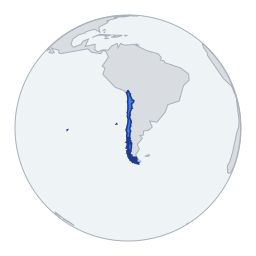 globe centered on Chile, rotated 352°
{"feature_id": "CHL", "entity_name": "Chile", "entity_type": "country or territory", "adm_level": 0, "iso_a3": "CHL", "parent_name": "South America", "parent_adm1": "", "projection": "orthographic", "projection_center": [-72.304, -36.699], "detail": "fine", "context": "on_globe", "style": "filled", "palette": "blue", "viewbox_px": 256, "rotation_deg": 352, "n_neighbors": 0, "source": "natural_earth", "source_scale": "50m", "svg_char_len": 8977}
<svg xmlns="http://www.w3.org/2000/svg" viewBox="0 0 256 256"><g transform="rotate(352 128 128)"><circle cx="128" cy="128" r="113" fill="#eef3f6" stroke="#a8b0b8"/><path d="M116.9,15.9L118.7,15.8L120.5,15.6L120.2,15.6L129.4,15.4L138.6,15.9L147.7,17.1L143.3,16.5L135.4,15.8L129.6,16.1L137.3,16.0L138.6,16.6L140.5,16.9L142.7,17.1L143.7,17.0L145.0,17.4L137.9,17.3L136.6,17.0L138.9,16.9L135.2,16.7L130.4,17.2L131.4,17.7L123.1,18.7L123.8,19.2L122.3,19.9L121.8,18.9L122.5,20.8L112.9,24.2L113.7,29.2L108.7,25.7L104.3,26.0L99.1,27.1L99.1,27.8L92.1,28.9L85.6,32.3L83.1,37.4L85.3,40.5L93.1,38.6L95.5,35.9L101.3,34.3L97.0,41.2L107.1,40.5L106.0,45.9L108.9,48.4L113.9,47.1L119.2,48.1L123.0,44.6L129.1,42.8L129.2,47.3L132.5,43.2L135.9,45.5L148.0,46.2L147.1,47.1L157.3,54.0L168.2,58.7L170.8,63.0L169.5,65.1L173.2,66.7L173.3,68.3L188.2,75.7L195.6,83.1L195.2,89.1L188.8,93.8L182.4,108.4L170.6,110.5L167.3,117.1L157.5,126.3L150.4,124.1L152.1,130.4L147.9,133.3L143.2,133.0L142.1,137.2L138.6,137.0L140.8,140.1L134.9,145.5L136.3,150.6L131.9,155.4L133.0,158.5L131.4,158.3L129.7,159.4L129.5,161.2L124.8,158.3L123.7,151.4L125.6,148.0L123.5,147.5L127.4,139.2L125.1,140.8L126.0,128.9L129.4,119.6L132.0,95.2L129.6,90.7L121.0,85.9L110.6,71.5L113.4,65.5L111.1,63.1L118.5,55.0L116.6,48.7L113.9,48.0L111.3,50.6L102.4,47.9L99.3,44.0L72.6,45.0L70.0,44.2L70.3,41.4L63.4,38.2L65.5,43.1L62.4,43.3L60.3,42.2L62.0,40.8L61.2,38.8L58.8,39.9L60.0,38.2L67.3,33.1L74.9,28.7L82.8,24.8L91.1,21.6L99.5,19.0L108.1,17.1L116.9,15.9ZM113.0,31.3L124.5,33.6L117.9,34.3L119.2,33.6L116.3,32.6L110.9,32.0L105.1,33.4L113.0,31.3ZM118.3,27.7L116.3,27.6L118.3,27.4L118.3,27.7ZM132.6,164.6L125.2,159.3L129.4,161.6L132.4,159.0L136.2,163.1L132.6,164.6ZM141.4,158.2L144.8,157.2L145.6,158.2L143.4,159.1L141.4,158.2ZM227.7,180.3L225.9,183.7L226.1,182.8L223.9,185.9L222.2,187.0L220.5,186.3L221.2,179.3L223.9,175.9L228.2,166.5L235.3,147.1L237.9,142.2L239.0,136.3L239.3,119.3L239.4,113.9L238.8,109.8L238.0,107.6L236.9,102.7L236.2,100.8L229.2,92.1L225.4,84.4L216.9,67.4L216.9,64.3L214.0,58.8L213.2,54.3L218.2,60.5L222.7,67.0L226.8,73.8L230.3,80.9L233.4,88.2L235.9,95.7L237.9,103.4L239.4,111.2L240.3,119.0L240.6,126.9L240.4,134.9L239.7,142.8L238.4,150.6L236.5,158.3L234.1,165.8L231.2,173.2L227.7,180.3ZM216.4,58.2L217.4,59.6L216.4,58.2ZM148.4,46.1L149.9,47.2L147.9,47.0L148.4,46.1ZM117.0,35.9L119.4,35.8L120.7,36.3L118.8,36.6L117.0,35.9ZM137.7,35.7L140.5,36.3L137.6,36.4L137.7,35.7ZM126.4,34.0L135.4,35.5L129.7,36.5L124.0,35.7L127.9,35.3L126.4,34.0ZM117.1,29.6L118.6,29.7L118.2,30.3L117.1,29.6ZM119.8,27.6L119.2,27.7L118.4,27.3L119.8,27.6ZM139.0,16.6L139.6,16.7L141.9,16.9L140.8,16.9L139.0,16.6ZM151.7,18.1L153.5,18.7L151.5,18.1L150.4,18.1L144.8,17.0L147.8,17.1L147.4,17.2L151.7,18.1ZM138.2,16.0L141.4,16.4L137.8,16.0L138.2,16.0ZM174.6,230.5L172.3,231.5L173.7,230.8L174.6,230.5ZM51.3,209.2L50.9,208.1L54.2,210.8L58.2,214.2L61.2,217.2L51.3,209.2ZM48.5,206.5L45.6,203.7L43.6,202.3L45.0,203.0L43.8,200.7L50.3,207.3L48.5,206.5Z" fill="#d9dde1" stroke="#a8b0b8" stroke-width="1"/><path d="M131.5,92.6L132.4,92.3L132.7,91.9L132.6,91.4L133.2,91.0L133.6,91.9L134.0,92.1L134.2,93.8L135.1,94.7L134.7,95.2L134.9,95.7L134.5,95.9L134.5,96.5L135.0,97.0L134.9,97.5L135.5,98.3L136.0,101.2L137.2,101.2L137.6,101.6L136.9,103.5L135.3,104.1L134.7,104.8L135.0,105.5L134.6,106.1L134.9,107.5L134.5,108.1L135.0,109.1L134.0,109.4L133.4,110.9L132.6,111.8L132.3,113.2L131.9,113.6L132.0,115.1L132.2,115.3L132.0,115.6L131.6,115.6L131.4,116.9L131.0,117.1L130.9,118.0L131.4,118.7L131.2,119.0L131.8,120.6L131.6,121.2L132.1,121.3L132.0,123.2L131.7,123.3L131.1,125.0L130.8,125.2L131.0,125.7L131.0,126.8L130.0,127.7L129.7,128.3L129.8,130.1L130.2,131.6L130.1,132.0L129.4,132.4L129.2,133.7L128.9,133.8L129.0,134.5L128.7,134.8L128.9,135.1L128.5,136.0L128.6,137.7L128.8,138.5L128.3,138.9L128.2,139.5L128.3,140.5L128.8,140.8L128.6,141.0L128.9,142.2L128.7,143.1L129.5,143.2L129.6,143.4L129.5,143.8L128.3,143.8L128.4,144.1L129.0,144.2L129.3,144.7L129.1,145.3L128.8,145.4L128.9,146.1L128.6,146.5L128.8,147.5L128.5,147.8L128.5,148.5L127.9,149.1L127.7,149.8L128.0,150.5L127.6,151.1L127.6,151.6L127.1,152.0L126.9,152.6L126.5,152.6L126.4,153.1L126.5,154.2L126.9,155.3L127.7,155.1L128.0,155.2L128.0,156.4L127.9,156.9L128.4,157.7L130.8,157.8L132.6,158.4L131.7,158.2L131.2,158.7L129.8,159.2L129.5,161.1L129.2,161.3L128.2,160.8L127.9,160.3L128.4,160.1L128.6,160.4L128.5,160.6L128.7,160.1L129.2,159.7L129.3,159.3L129.1,159.2L128.0,159.9L127.7,160.5L127.1,160.1L127.5,159.2L127.8,159.3L128.2,159.0L128.9,158.9L127.5,158.7L127.0,159.8L126.4,159.3L126.9,159.1L127.0,158.7L126.5,159.0L126.0,159.0L125.9,158.5L125.6,158.0L126.2,158.2L126.3,157.9L126.8,158.0L127.4,157.6L127.7,158.1L127.5,158.4L127.7,158.2L127.6,157.7L127.8,157.4L127.7,157.2L126.9,156.7L127.6,157.3L126.5,157.8L126.2,157.4L125.7,157.1L126.0,157.0L126.0,156.3L124.9,156.0L124.5,155.3L125.0,155.2L124.9,154.9L125.1,154.6L125.4,154.9L125.7,155.5L126.1,155.7L126.4,155.2L126.3,154.9L125.9,155.5L125.6,155.1L125.6,154.9L125.9,154.9L125.1,154.3L125.4,153.9L125.9,153.9L125.4,153.5L125.5,153.2L126.0,153.2L125.7,152.8L125.9,152.1L125.6,153.0L125.4,152.8L125.4,151.2L125.8,151.0L125.2,151.0L125.0,150.1L126.6,150.4L126.3,150.1L126.1,149.4L125.8,150.0L125.5,150.0L124.9,149.5L125.0,149.3L125.4,149.5L125.6,149.3L125.1,149.0L125.5,148.5L125.3,147.8L125.0,148.0L124.4,147.7L124.4,147.2L123.6,147.6L123.8,148.1L123.4,147.7L124.4,146.6L124.2,146.0L125.5,145.8L125.5,145.3L125.7,145.1L125.9,145.1L125.7,146.3L125.2,146.7L125.7,146.5L125.8,145.9L126.0,145.9L126.1,146.4L125.8,147.3L126.2,146.0L126.0,145.6L126.0,145.2L126.7,144.9L127.1,145.1L126.4,144.7L126.5,144.5L127.5,143.5L127.5,143.2L126.6,142.7L126.7,142.1L126.9,142.0L127.0,141.6L126.9,141.0L127.3,140.4L127.2,139.7L127.3,139.4L127.5,139.4L127.3,138.9L127.5,138.8L127.8,139.2L127.7,138.4L127.2,138.2L127.9,137.7L128.0,137.4L127.6,137.8L127.0,137.5L126.6,138.0L125.9,137.9L126.1,137.6L125.7,137.3L125.5,136.4L125.9,134.4L126.3,134.1L126.6,133.0L126.1,131.6L126.2,130.6L125.9,130.0L125.9,129.3L126.0,129.0L126.6,128.9L126.7,128.0L127.5,126.2L127.5,125.8L128.1,124.8L128.5,123.0L129.0,122.0L128.9,120.9L129.4,120.1L129.0,116.1L129.1,115.5L129.5,115.1L129.7,114.2L129.3,112.8L129.9,111.7L130.9,107.8L130.8,106.7L131.3,105.7L131.1,104.5L131.4,102.4L131.1,101.8L131.6,101.1L132.1,98.5L132.0,95.1L131.5,92.6ZM132.4,159.0L132.1,163.2L131.2,163.2L130.9,162.9L130.0,163.0L128.5,162.6L128.6,162.3L129.4,162.3L129.7,162.1L129.8,162.4L130.3,162.5L129.7,161.7L129.7,161.3L129.9,161.2L130.1,160.8L130.2,161.5L129.9,161.5L130.0,161.8L130.4,162.2L130.9,162.1L131.5,162.6L131.7,162.3L130.7,161.7L130.5,161.3L130.6,161.0L131.5,160.5L130.3,160.4L130.2,159.8L130.6,159.5L130.3,159.2L130.8,159.3L131.5,158.7L131.7,159.0L132.4,159.0ZM125.9,141.1L125.0,140.8L125.3,140.2L125.5,138.0L126.2,138.2L126.4,138.8L126.2,139.0L126.3,139.3L125.8,139.6L126.4,140.2L125.9,140.7L125.9,141.1ZM125.1,151.6L125.3,153.4L125.1,154.0L124.9,154.0L124.7,153.4L124.9,152.9L124.6,153.1L124.5,153.7L123.9,153.6L123.9,153.3L124.1,153.3L124.2,153.0L124.0,152.8L124.4,152.6L124.3,152.3L124.6,152.0L124.6,151.5L125.1,151.6ZM130.7,163.2L132.3,163.4L132.4,163.5L132.1,163.7L132.5,163.9L132.7,164.7L131.8,164.3L131.8,163.9L131.5,163.7L131.3,164.0L131.5,164.3L131.2,164.2L130.6,163.7L130.7,163.2ZM126.0,142.9L125.6,143.5L126.0,144.8L125.5,144.9L125.5,144.7L124.8,143.6L124.9,143.3L125.5,143.1L125.6,142.6L126.0,142.9ZM126.7,160.4L127.3,160.7L127.8,160.7L128.1,161.1L127.9,161.5L127.3,161.7L127.2,161.6L127.5,161.2L127.1,161.2L127.1,161.5L126.8,161.0L126.2,160.7L126.7,160.4ZM128.4,161.3L129.5,161.7L129.5,162.0L129.3,162.2L129.0,161.9L128.4,162.1L128.1,161.6L128.4,161.3ZM133.9,163.8L133.5,164.1L133.4,163.8L132.7,163.9L132.5,163.4L133.7,163.5L133.9,163.8ZM125.1,151.2L124.6,151.3L124.1,150.2L124.7,149.8L125.1,151.2ZM124.3,151.3L123.7,151.6L123.6,151.3L123.8,150.8L123.7,150.3L123.9,150.2L124.3,151.3ZM127.0,143.8L126.5,143.8L126.4,143.6L126.7,143.0L127.3,143.3L127.0,143.8ZM124.9,157.1L125.0,157.4L125.3,157.7L125.1,158.3L124.9,158.3L124.6,157.4L124.9,157.1ZM125.1,159.2L126.4,159.8L127.0,160.3L125.7,159.8L125.1,159.2ZM125.4,145.5L124.7,145.6L125.2,144.6L125.4,145.5ZM129.0,163.2L129.7,163.3L130.1,163.2L130.3,163.6L130.1,163.7L129.0,163.2ZM124.4,151.7L124.0,152.4L123.7,152.4L123.9,152.2L123.8,151.8L124.4,151.7ZM124.8,154.3L124.3,154.7L124.1,154.6L124.2,154.0L124.8,154.2L124.8,154.3ZM125.2,156.4L125.2,156.6L124.6,156.6L124.4,157.1L124.5,156.4L125.2,156.4ZM124.5,154.9L124.1,155.4L124.1,154.9L124.5,154.9ZM126.1,143.9L125.9,143.6L125.9,143.4L126.1,143.5L126.1,143.9ZM125.8,157.5L125.5,157.6L125.4,157.2L125.8,157.5ZM124.5,149.7L124.1,149.7L124.5,149.6L124.5,149.7ZM133.5,164.6L133.5,165.0L133.2,164.8L133.5,164.6ZM125.9,142.0L125.7,142.2L125.4,142.1L125.9,142.0ZM133.3,165.1L132.9,165.1L133.3,165.1ZM134.5,163.9L134.4,164.1L134.5,163.9ZM67.7,121.3L67.5,121.5L67.5,121.3L67.7,121.3ZM117.4,122.4L117.1,122.4L117.3,122.2L117.4,122.4ZM124.6,141.6L124.4,141.6L124.5,141.5L124.6,141.6Z" fill="#3b82f6" stroke="#1e3a8a" stroke-width="1.5"/></g></svg>